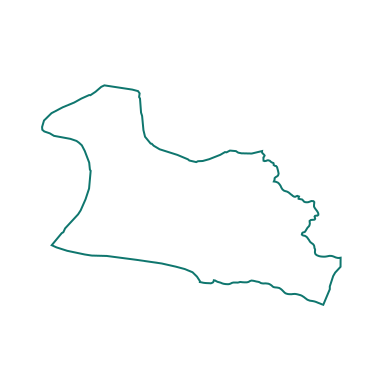 Pochuta, Chimaltenango, Guatemala, rotated 278°
{"feature_id": "79465075B89019096689616", "entity_name": "Pochuta", "entity_type": "district", "adm_level": 2, "iso_a3": "GTM", "parent_name": "Guatemala", "parent_adm1": "Chimaltenango", "projection": "equal_earth", "projection_center": [-91.081, 14.532], "detail": "fine", "context": "isolated", "style": "outline", "palette": "teal", "viewbox_px": 384, "rotation_deg": 278, "n_neighbors": 0, "source": "geoboundaries", "source_scale": "gbopen_adm2", "svg_char_len": 3894}
<svg xmlns="http://www.w3.org/2000/svg" viewBox="0 0 384 384"><g transform="rotate(278 192 192)"><path d="M285.4,90.4L283.5,87.5L277.8,82.5L273.7,77.9L273.7,76.7L269.1,69.4L264.2,62.9L257.9,52.2L250.5,41.9L242.2,35.5L235.5,34.5L232.8,35.1L231.4,37.3L230.3,43.0L228.4,47.5L227.7,64.2L226.5,70.5L225.1,73.2L222.9,76.4L217.7,80.1L206.8,86.1L199.9,87.8L198.9,88.7L181.1,89.6L170.0,87.6L158.3,84.3L154.0,82.3L138.3,71.4L134.3,70.2L133.1,68.7L119.8,60.5L118.3,65.5L116.4,76.6L115.2,94.5L115.1,101.5L116.8,116.5L117.1,146.4L117.0,171.9L115.8,186.5L114.7,195.5L112.6,203.7L108.9,208.7L104.9,212.2L103.9,212.3L103.9,213.4L103.7,215.8L103.7,217.0L103.8,218.9L104.0,220.9L104.1,222.0L104.2,223.4L105.1,225.0L105.7,225.5L106.8,225.9L107.6,225.9L107.6,227.1L107.0,228.6L106.6,229.8L106.4,231.4L106.2,232.9L105.7,234.7L105.5,236.2L105.5,238.3L105.6,239.3L105.7,240.6L106.1,241.9L106.7,243.0L107.6,244.3L108.1,245.6L108.3,246.7L108.5,248.3L108.6,249.6L109.0,250.9L109.6,252.1L109.7,255.0L109.8,256.0L109.9,257.1L110.1,258.5L110.4,259.5L110.9,260.6L111.9,261.8L112.6,263.3L112.6,265.3L112.5,266.5L112.3,268.5L112.3,269.8L112.1,271.3L111.4,272.9L111.3,274.3L111.4,275.8L111.7,277.1L111.8,278.6L111.8,280.5L111.5,281.7L110.9,283.1L110.2,284.3L109.6,285.1L109.2,286.0L109.1,287.5L109.2,289.1L109.2,290.1L109.1,291.7L108.5,293.1L107.7,294.5L107.1,295.3L106.1,296.6L105.4,297.5L104.7,298.7L104.4,300.3L104.3,301.4L104.4,303.0L104.6,304.7L105.0,306.1L105.4,308.1L105.4,309.6L105.3,310.9L105.1,312.5L104.9,314.0L104.4,315.6L104.0,316.4L103.4,317.7L102.6,319.0L102.1,320.0L101.4,321.2L101.0,322.9L100.8,323.8L100.8,324.9L100.8,326.6L100.7,328.2L100.5,329.6L100.3,330.5L99.8,332.4L99.4,334.2L99.1,335.3L98.8,336.5L98.6,337.7L114.9,342.0L117.7,341.6L128.4,343.5L132.1,345.0L138.6,349.5L147.6,348.3L147.1,346.7L147.0,345.3L147.2,343.4L147.7,341.6L148.0,340.2L148.1,339.0L147.9,337.1L147.6,336.2L147.1,334.8L146.7,333.5L146.4,332.4L146.2,330.6L146.1,329.2L146.1,327.9L146.2,326.7L146.6,325.0L146.9,324.1L147.7,322.9L149.0,322.2L150.5,322.0L151.7,322.0L152.6,321.7L153.7,321.0L154.7,320.8L156.0,320.3L157.1,319.3L157.8,318.0L158.7,316.4L159.4,315.6L160.8,314.5L162.1,313.2L162.8,312.6L163.6,311.6L164.3,309.9L164.4,308.0L165.1,306.7L166.5,306.8L167.2,307.3L167.7,308.3L168.1,309.2L169.5,310.0L170.8,310.5L171.6,310.9L172.8,311.4L173.8,312.2L174.8,312.8L175.8,313.0L177.2,313.1L178.6,312.7L179.7,312.5L180.8,313.6L181.1,314.6L181.3,315.7L181.7,317.2L182.6,317.7L183.7,317.3L184.7,316.8L185.5,317.2L185.9,318.3L186.1,319.6L187.0,320.3L188.4,320.0L189.4,319.4L190.6,318.4L191.6,317.4L192.7,316.3L193.5,315.6L194.5,314.9L195.6,314.7L196.7,314.6L197.7,314.6L199.0,314.5L199.8,313.6L199.7,311.5L198.7,309.7L198.1,308.5L197.8,307.3L197.7,305.5L198.1,304.2L198.9,303.4L199.9,302.1L200.0,300.1L200.1,298.5L201.1,298.3L202.4,298.6L202.8,296.8L202.3,295.9L201.6,294.8L201.6,293.8L202.2,292.3L202.9,291.3L203.4,290.3L203.9,289.5L204.6,288.4L205.1,287.5L205.7,285.7L205.8,284.6L206.1,283.0L207.1,281.3L208.1,280.4L209.2,279.6L210.5,278.8L211.8,277.6L212.7,276.6L213.2,275.8L213.7,274.1L213.8,273.0L213.8,271.6L214.9,271.9L216.0,272.0L217.2,271.9L218.3,272.7L219.2,273.9L220.3,274.9L221.4,275.1L222.3,275.2L224.0,274.6L225.3,274.1L226.5,273.6L227.4,273.2L228.4,272.8L229.4,271.7L229.5,270.3L230.1,269.1L231.1,269.0L232.0,268.6L232.4,266.9L233.0,265.7L233.7,264.8L234.0,263.3L233.8,262.1L233.2,261.2L232.7,259.7L232.9,258.5L233.8,258.3L234.9,258.1L236.2,257.9L237.0,258.5L238.3,258.8L239.3,257.7L240.2,256.4L241.2,255.7L242.3,255.7L238.4,245.8L237.2,235.6L237.4,232.3L238.6,229.8L238.3,223.8L236.1,220.7L236.1,219.1L232.8,214.9L226.9,204.5L224.2,198.3L223.3,193.6L222.2,192.0L222.8,185.0L223.8,183.4L226.7,172.4L229.8,154.0L232.5,147.6L234.2,145.4L234.2,144.3L240.2,137.8L246.5,135.3L260.4,132.0L263.5,130.5L277.3,127.5L278.7,126.4L282.4,126.4L284.4,124.5L285.1,118.6L285.4,90.4Z" fill="none" stroke="#0f766e" stroke-width="2"/></g></svg>